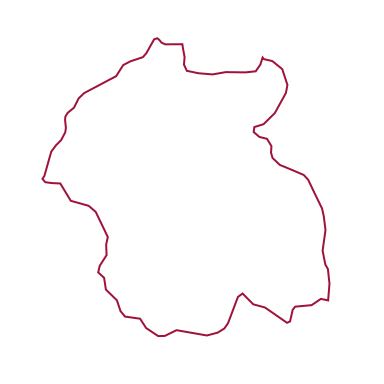 the border of Angus, rotated 188°
{"feature_id": "GBR-2019", "entity_name": "Angus", "entity_type": "Unitary District", "adm_level": 1, "iso_a3": "GBR", "parent_name": "United Kingdom", "parent_adm1": "", "projection": "mercator", "projection_center": [-2.915, 56.726], "detail": "fine", "context": "isolated", "style": "outline", "palette": "rose", "viewbox_px": 384, "rotation_deg": 188, "n_neighbors": 0, "source": "natural_earth", "source_scale": "10m", "svg_char_len": 1323}
<svg xmlns="http://www.w3.org/2000/svg" viewBox="0 0 384 384"><g transform="rotate(188 192 192)"><path d="M341.9,184.2L340.4,187.4L337.0,212.4L333.2,219.3L328.9,225.0L325.8,233.5L325.8,237.9L327.7,245.7L327.9,249.0L326.2,253.0L320.6,259.1L317.3,268.9L312.5,275.0L283.2,296.2L277.8,308.1L271.4,312.7L259.4,318.7L256.6,323.0L250.7,338.0L247.7,339.4L245.5,338.0L243.0,335.7L239.1,334.5L222.1,337.0L221.2,333.8L218.1,324.5L217.7,317.1L214.0,311.3L202.2,310.5L188.0,311.3L175.3,315.4L155.7,317.9L145.7,320.4L142.0,327.8L140.8,335.0L139.3,333.6L130.6,332.8L119.7,326.2L112.4,311.3L112.8,303.1L121.0,281.6L130.6,269.1L139.3,265.0L139.3,260.0L132.9,255.9L125.1,255.1L119.7,248.4L119.2,241.8L116.9,236.8L108.7,231.0L102.3,229.4L92.8,226.9L83.7,224.4L78.6,220.2L70.4,207.8L60.9,193.7L58.1,186.2L54.5,172.9L54.5,162.9L54.5,152.1L49.9,138.8L46.7,134.6L43.1,120.4L42.1,103.6L49.5,104.1L57.8,96.6L73.9,92.8L75.9,89.3L76.9,77.5L79.7,75.7L103.7,87.8L115.7,89.3L127.8,98.5L131.9,94.5L138.1,67.0L141.0,61.3L147.0,56.3L157.3,52.0L188.1,53.0L198.9,45.7L205.4,44.6L218.5,50.9L225.8,59.3L241.0,59.3L246.2,64.1L251.3,74.3L263.7,83.4L267.1,94.8L273.7,99.3L273.1,106.1L267.8,117.6L269.7,128.0L269.1,135.7L284.5,158.8L292.3,163.9L310.8,166.4L323.6,182.1L332.4,181.3L338.7,181.3L341.9,184.2Z" fill="none" stroke="#9f1239" stroke-width="2"/></g></svg>